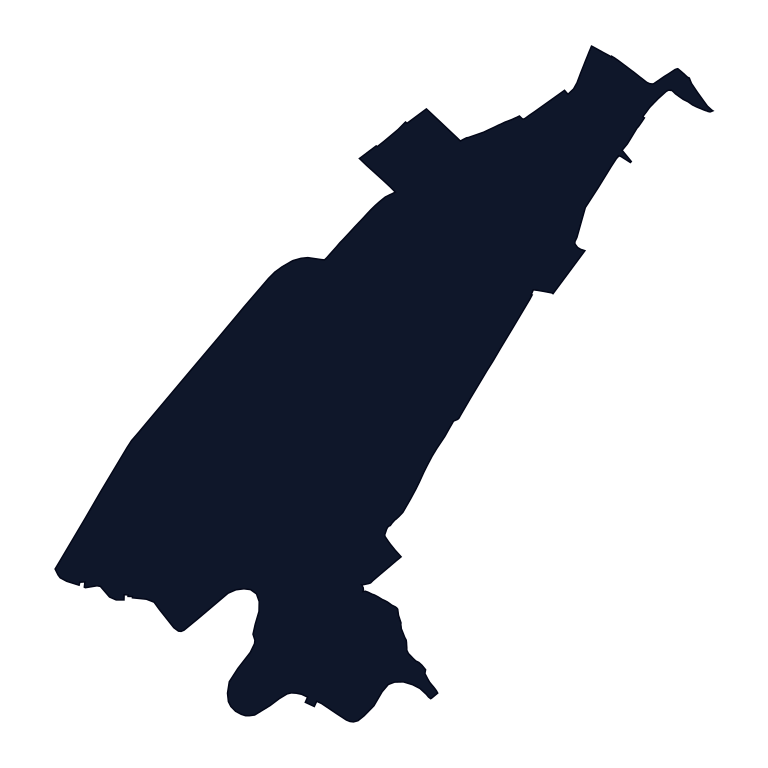 the district of Dobroesti, Ilfov, Romania
{"feature_id": "2599482B22060634534240", "entity_name": "Dobroesti", "entity_type": "district", "adm_level": 2, "iso_a3": "ROU", "parent_name": "Romania", "parent_adm1": "Ilfov", "projection": "mercator", "projection_center": [26.199, 44.47], "detail": "fine", "context": "isolated", "style": "filled", "palette": "ink", "viewbox_px": 768, "rotation_deg": 0, "n_neighbors": 0, "source": "geoboundaries", "source_scale": "gbopen_adm2", "svg_char_len": 5233}
<svg xmlns="http://www.w3.org/2000/svg" viewBox="0 0 768 768"><path d="M689.3,78.0L689.1,77.9L687.5,77.2L687.1,76.8L687.0,76.7L686.5,76.3L685.8,75.6L684.7,74.6L683.7,73.6L682.5,72.7L681.8,72.0L680.6,71.0L679.5,70.1L678.1,68.9L677.4,68.7L677.2,68.8L676.3,69.1L675.1,69.5L668.6,73.8L664.5,76.3L662.6,77.6L657.4,81.2L656.8,81.6L654.6,83.1L653.8,83.7L652.3,84.0L649.5,83.6L646.7,82.3L641.5,78.2L640.0,77.1L636.0,73.9L633.2,71.7L632.2,71.0L622.1,63.4L618.9,61.0L614.5,57.9L611.6,56.2L611.3,57.0L611.1,56.7L610.9,56.6L608.4,55.2L603.3,52.5L597.2,49.1L592.4,46.5L591.5,46.1L590.3,49.1L589.3,51.4L587.3,56.4L585.3,61.3L584.1,64.4L580.6,73.2L579.0,77.5L578.8,78.0L577.7,80.9L577.3,82.0L577.1,82.6L576.2,84.2L573.6,88.9L571.5,90.9L569.3,93.0L568.0,94.3L564.5,90.3L564.0,90.7L534.7,111.6L529.3,115.3L525.1,118.4L523.2,119.2L522.3,118.8L521.0,117.6L519.4,116.0L516.8,117.3L515.6,117.8L514.7,118.2L511.9,119.5L508.3,120.9L505.0,122.1L500.9,124.1L498.5,125.1L495.5,126.6L493.2,127.7L488.4,129.9L483.6,132.2L480.7,133.2L477.0,134.5L471.8,136.3L468.4,137.5L466.5,137.8L463.3,139.4L460.4,141.0L459.0,139.7L457.3,138.0L447.1,128.4L440.7,122.3L437.8,119.6L429.6,111.9L426.4,108.9L407.0,123.3L405.5,122.0L398.1,129.5L383.9,141.4L377.2,146.7L376.2,145.9L367.1,152.7L365.9,153.7L364.5,154.7L361.2,157.2L359.4,158.5L366.7,165.5L382.0,179.3L390.2,186.9L395.3,192.1L391.8,193.9L389.7,194.8L387.6,195.9L385.3,197.0L382.3,199.4L379.5,201.7L375.2,205.5L371.0,209.6L367.5,213.3L361.9,219.4L359.0,222.4L354.9,226.7L351.8,230.1L344.2,238.3L342.4,240.2L340.0,242.6L338.4,244.5L336.4,246.9L330.2,253.8L326.9,257.6L326.4,258.1L324.9,259.5L324.5,259.9L320.8,259.5L307.8,257.6L301.0,258.3L293.2,260.5L291.7,261.2L282.2,266.7L274.9,272.0L268.6,278.3L256.5,292.4L244.0,306.9L236.8,315.6L228.5,325.5L220.5,335.1L190.5,370.6L145.7,423.9L138.0,433.1L131.6,440.5L127.2,447.3L117.8,463.0L100.5,491.9L84.5,519.5L59.9,561.0L55.1,569.0L58.1,575.0L60.2,577.8L66.7,581.3L79.1,585.2L79.8,582.2L84.9,581.9L84.3,587.2L85.4,587.7L97.0,585.8L100.4,586.4L109.5,597.0L116.1,599.9L124.0,599.9L124.1,594.7L128.0,594.9L128.0,596.4L132.4,596.5L132.4,597.8L146.4,599.2L154.1,602.2L159.3,609.4L173.8,627.7L178.4,631.1L181.1,631.4L184.0,630.2L198.1,618.6L228.1,593.2L235.9,589.8L243.9,588.8L250.5,589.6L256.5,593.9L259.2,601.6L259.0,611.4L255.2,624.3L253.0,634.2L254.9,640.2L254.5,643.7L250.3,652.4L237.9,668.4L229.3,681.7L227.5,693.2L228.4,701.6L230.9,706.5L235.6,711.3L241.2,714.3L245.5,715.7L249.5,715.7L254.7,715.0L270.2,705.5L279.2,698.7L287.1,693.9L291.3,692.9L296.2,693.2L301.6,694.3L307.6,697.1L305.3,702.3L314.3,706.5L316.7,701.3L321.5,703.5L336.8,713.8L346.3,720.0L350.0,721.5L353.5,721.9L358.0,720.7L364.1,715.8L373.9,705.8L382.1,691.8L388.3,684.5L394.6,682.1L403.4,681.9L412.6,684.7L420.0,688.5L426.4,694.4L428.5,697.0L430.7,698.7L431.8,698.0L434.8,695.5L437.7,693.1L436.5,690.9L435.3,689.2L433.6,687.0L431.8,684.9L429.6,682.2L427.6,678.7L424.9,673.5L425.6,669.7L421.9,665.2L418.8,662.4L415.7,660.9L413.1,658.4L408.4,653.5L406.8,650.2L406.8,647.7L406.6,644.8L406.5,642.5L406.2,640.1L404.7,637.3L402.6,631.9L401.3,628.7L401.1,626.6L400.8,624.4L401.0,622.9L398.5,615.3L397.7,609.2L396.6,607.8L395.2,606.8L391.7,605.1L389.6,603.5L387.3,601.9L384.4,600.4L382.3,599.5L378.1,596.9L375.3,595.4L373.8,594.7L372.6,594.4L370.1,593.2L367.9,592.1L365.3,591.2L362.8,591.6L363.4,589.6L363.2,587.7L361.6,584.8L362.5,584.9L366.1,584.1L368.5,583.6L368.9,583.5L370.6,582.9L372.9,580.6L379.9,574.6L383.6,571.5L391.4,564.9L396.2,560.8L399.2,558.4L401.1,556.8L399.4,554.9L395.1,550.1L390.2,544.0L388.4,541.5L386.5,538.7L384.9,536.3L384.8,534.5L386.0,531.1L386.4,529.7L387.4,527.6L388.5,526.3L390.3,525.5L391.1,524.4L392.1,523.0L393.5,521.5L394.7,520.1L396.2,519.0L399.3,516.1L402.9,512.3L405.6,507.6L406.7,505.7L410.5,499.1L415.9,489.1L419.3,482.2L423.8,472.3L427.1,465.7L432.1,456.2L436.9,448.3L444.8,436.5L449.5,428.1L452.8,422.4L453.0,422.0L453.0,421.8L453.2,421.6L453.2,421.4L453.3,421.2L457.6,419.4L458.8,418.4L459.2,417.7L460.7,415.0L470.3,398.5L482.0,379.0L486.7,371.1L492.7,361.6L500.5,348.3L513.1,327.4L529.9,299.2L532.1,295.0L531.1,294.9L533.3,289.8L537.3,290.3L543.8,291.4L551.7,292.9L552.0,293.0L553.0,293.7L584.9,250.7L582.9,250.0L580.8,249.4L577.6,247.5L575.8,245.1L575.0,243.9L574.9,243.6L574.9,242.7L574.9,241.7L576.9,237.5L584.9,209.1L585.3,207.6L598.2,187.7L611.3,166.4L616.4,158.6L617.4,157.5L618.2,156.7L618.4,155.7L621.0,156.5L630.4,162.5L631.3,161.5L622.1,150.3L627.3,144.0L628.3,142.4L629.6,140.3L633.0,134.7L636.9,128.3L637.6,127.4L638.2,126.9L639.0,125.8L641.6,122.1L644.4,117.9L642.8,116.8L643.1,116.3L643.8,115.3L644.7,114.1L646.1,112.3L646.9,111.2L648.9,108.4L649.8,107.3L651.2,105.8L651.8,105.2L652.2,104.8L652.6,104.5L652.8,104.2L653.5,103.4L654.0,102.9L655.4,101.5L656.4,100.5L657.9,98.9L662.8,94.5L664.1,93.3L666.1,91.5L668.2,90.3L669.6,90.2L670.6,90.4L671.0,90.1L672.1,90.7L673.1,91.5L673.9,92.3L675.5,93.9L678.2,95.8L678.8,96.3L682.4,98.8L683.2,99.4L688.1,101.8L690.9,103.8L692.6,105.0L693.5,105.4L696.3,106.8L698.9,107.9L700.7,108.6L703.7,109.9L706.2,110.8L707.4,111.1L708.0,111.5L709.1,111.7L710.0,111.9L710.5,111.8L712.9,110.8L711.8,110.1L707.4,106.1L704.2,101.7L697.5,92.4L691.5,83.5L690.4,80.8L689.3,78.0Z" fill="#0f172a" stroke="#020617" stroke-width="1.5"/></svg>